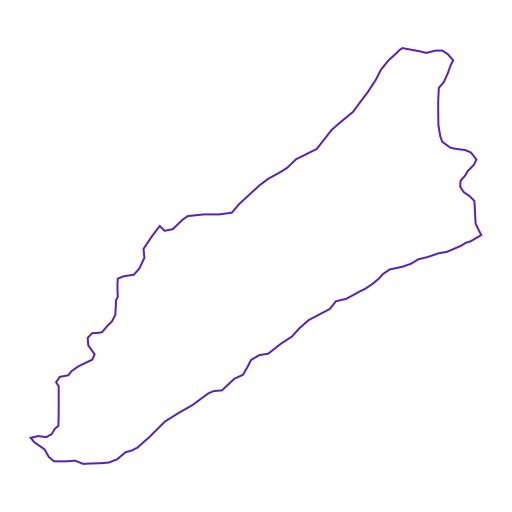 Qusar District, Qusar, Azerbaijan
{"feature_id": "54616110B21517829058101", "entity_name": "Qusar District", "entity_type": "district", "adm_level": 2, "iso_a3": "AZE", "parent_name": "Azerbaijan", "parent_adm1": "Qusar", "projection": "mercator", "projection_center": [48.257, 41.46], "detail": "fine", "context": "isolated", "style": "outline", "palette": "violet", "viewbox_px": 512, "rotation_deg": 0, "n_neighbors": 0, "source": "geoboundaries", "source_scale": "gbopen_adm2", "svg_char_len": 1878}
<svg xmlns="http://www.w3.org/2000/svg" viewBox="0 0 512 512"><path d="M402.3,48.1L399.7,49.9L396.0,53.6L388.8,60.0L380.9,69.8L375.7,80.0L367.8,92.1L359.5,103.0L353.2,111.7L340.8,121.9L331.7,129.8L316.7,149.0L296.1,159.2L287.2,167.8L280.7,171.9L268.0,178.9L259.3,185.5L250.9,193.2L238.9,204.3L231.9,212.7L219.2,214.4L204.0,214.4L187.7,216.1L182.6,219.7L172.8,229.1L164.6,230.8L159.8,226.0L152.4,235.6L143.5,248.9L144.4,257.8L139.2,268.8L133.8,274.7L123.2,276.4L117.8,278.7L117.5,283.5L117.5,290.6L117.8,296.7L116.0,300.3L115.8,306.5L115.3,314.9L111.8,321.6L107.8,325.4L102.0,332.2L97.8,332.9L92.1,333.2L87.7,337.9L88.3,345.4L94.6,354.3L92.3,359.6L78.6,366.2L71.5,371.1L68.3,375.3L59.9,376.8L56.1,382.2L58.7,386.3L58.7,397.5L58.7,405.9L58.6,417.0L58.4,425.9L54.9,428.7L51.7,434.1L46.3,437.1L38.3,436.1L30.7,437.8L31.6,438.9L34.1,442.1L44.5,449.3L48.8,456.9L54.0,461.3L66.7,461.3L75.2,460.7L83.2,463.9L90.4,463.5L94.7,463.4L100.9,463.2L108.5,462.6L117.0,459.4L125.6,452.2L131.5,450.6L137.5,447.6L144.6,441.2L149.1,437.4L152.8,433.6L165.1,421.4L178.5,413.0L192.4,405.1L208.1,393.5L213.5,391.1L221.9,390.4L234.4,378.7L243.0,374.8L247.6,366.8L251.0,360.0L259.3,355.1L268.2,353.7L281.3,343.4L291.9,336.6L299.1,328.5L308.8,320.0L329.9,308.9L335.8,301.3L346.0,298.9L351.1,296.2L358.9,291.9L365.5,288.6L372.1,284.2L379.0,278.5L383.0,274.0L389.6,269.5L402.5,266.7L410.9,263.8L418.3,259.3L427.1,257.2L438.9,253.2L446.7,251.9L460.8,245.9L465.7,242.8L470.0,241.6L481.3,235.0L478.3,229.3L475.6,223.5L474.4,201.0L469.7,196.2L463.7,192.1L460.2,186.7L460.5,180.9L464.8,176.0L467.9,170.9L474.0,164.7L476.4,159.5L470.9,152.5L465.3,150.1L454.9,148.7L450.0,147.5L442.3,141.8L440.3,136.5L438.4,125.1L438.2,112.5L438.2,101.1L438.8,87.9L443.7,82.3L447.9,73.0L450.7,65.1L453.2,60.3L447.6,54.0L442.3,50.6L435.5,50.6L426.4,52.9L419.2,51.2L402.3,48.1Z" fill="none" stroke="#5b21b6" stroke-width="2"/></svg>